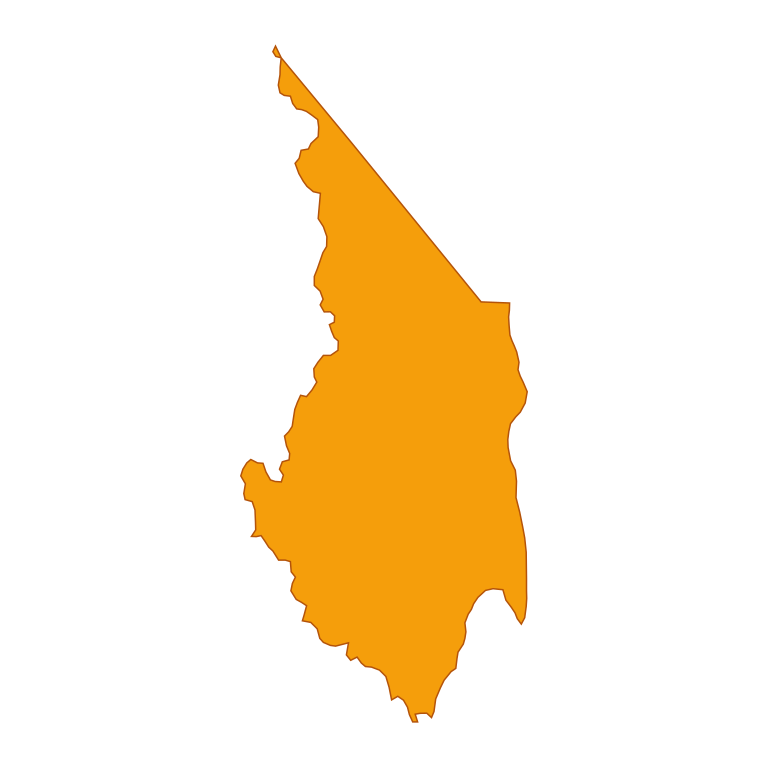 São José dos Basílios, Maranhão, Brazil
{"feature_id": "56859067B27394431743409", "entity_name": "São José dos Basílios", "entity_type": "district", "adm_level": 2, "iso_a3": "BRA", "parent_name": "Brazil", "parent_adm1": "Maranhão", "projection": "equal_earth", "projection_center": [-44.586, -5.014], "detail": "fine", "context": "isolated", "style": "filled", "palette": "amber", "viewbox_px": 768, "rotation_deg": 0, "n_neighbors": 0, "source": "geoboundaries", "source_scale": "gbopen_adm2", "svg_char_len": 2473}
<svg xmlns="http://www.w3.org/2000/svg" viewBox="0 0 768 768"><path d="M509.6,303.0L481.1,301.9L351.4,142.6L281.2,57.8L280.2,67.0L280.0,74.8L278.3,85.1L280.0,92.8L284.2,95.4L290.4,96.2L292.7,103.5L296.7,108.9L301.6,109.6L306.3,111.3L311.5,114.9L317.7,119.6L318.7,127.2L318.2,136.7L311.0,143.5L308.4,149.0L301.1,150.3L299.2,158.3L295.1,163.3L298.9,173.6L303.3,181.3L307.0,186.4L313.3,191.7L320.4,193.3L319.8,200.3L318.9,210.3L318.2,218.6L323.4,226.7L326.9,236.7L326.6,246.5L322.9,252.7L320.0,261.2L317.4,268.7L314.3,276.5L314.3,285.5L320.1,291.1L323.1,299.2L320.2,304.9L324.2,311.9L330.4,311.8L334.6,315.8L334.3,322.2L329.4,324.6L331.6,331.2L334.3,337.6L338.3,341.0L338.0,350.3L330.6,355.4L323.4,355.4L317.9,362.3L313.8,368.7L314.3,377.0L316.8,382.1L312.0,390.0L306.5,396.6L300.6,395.3L297.4,402.4L294.8,409.4L293.5,417.7L292.2,426.4L288.7,431.8L284.5,436.1L286.5,445.8L289.7,453.5L289.1,459.9L282.3,461.8L279.5,469.2L283.4,475.1L281.3,481.9L275.1,481.5L270.4,479.9L265.9,471.9L263.0,463.3L257.5,462.9L250.8,459.5L246.8,462.9L242.9,469.2L240.8,475.9L245.4,483.8L243.8,493.6L245.1,499.6L252.2,501.6L255.0,510.0L255.5,522.2L255.7,529.9L251.5,536.4L256.3,536.6L261.1,535.6L265.2,541.6L268.7,547.1L272.9,551.0L278.6,560.1L285.2,560.1L290.4,561.6L291.2,571.8L295.4,577.1L292.4,583.4L290.9,590.8L296.2,599.4L301.6,602.4L306.6,605.7L304.1,615.1L302.4,620.8L310.8,622.4L317.2,628.8L319.8,638.4L323.4,642.4L330.4,645.4L335.6,646.1L348.5,642.8L346.4,654.9L350.7,660.3L357.1,657.1L361.4,663.1L365.4,666.5L371.5,667.1L379.5,670.1L385.9,676.5L389.1,687.3L391.6,699.9L397.8,696.3L403.5,700.2L407.5,707.2L409.4,714.6L412.7,721.9L417.6,721.9L415.2,714.2L420.1,713.3L426.8,713.2L431.5,717.6L434.0,711.5L435.7,698.9L440.4,687.8L444.1,680.2L451.1,671.6L455.8,668.4L457.0,658.4L458.0,652.2L463.3,644.1L464.9,638.4L465.9,631.9L464.9,622.8L468.2,614.2L471.4,609.4L473.6,603.8L477.9,597.4L485.5,590.4L493.0,588.7L502.9,589.7L505.9,600.1L511.1,607.0L515.0,612.8L517.3,618.7L521.3,624.1L524.7,617.7L526.2,606.4L526.7,598.4L526.5,590.8L526.5,578.3L526.2,552.3L524.7,537.9L522.7,527.0L519.7,512.2L516.0,497.6L516.5,481.2L515.3,470.2L510.6,460.8L508.1,447.5L507.8,439.5L508.8,431.5L510.5,423.7L515.8,416.8L520.3,412.1L525.2,403.0L527.2,391.7L523.2,382.3L520.2,376.1L518.0,369.7L519.0,362.3L516.7,352.0L514.3,346.0L511.9,340.6L509.9,335.0L509.1,325.6L508.6,316.9L509.4,310.2L509.6,303.0ZM272.9,51.7L275.8,56.4L281.2,57.8L275.5,46.1L272.9,51.7Z" fill="#f59e0b" stroke="#b45309" stroke-width="1.5"/></svg>